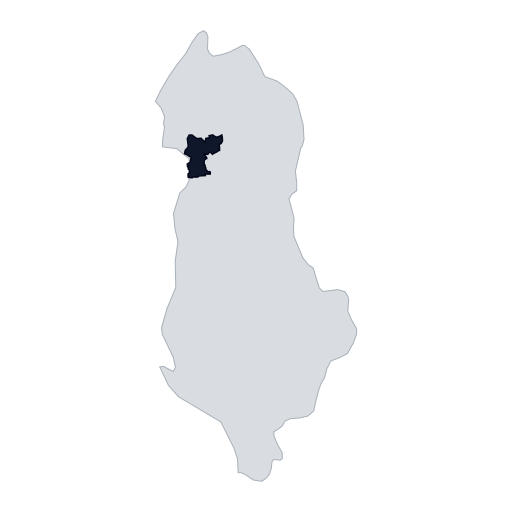 Lezhë, Lezhë, Albania shown in context
{"feature_id": "67620474B20431026689517", "entity_name": "Lezhë", "entity_type": "district", "adm_level": 2, "iso_a3": "ALB", "parent_name": "Albania", "parent_adm1": "Lezhë", "projection": "equal_earth", "projection_center": [19.698, 41.807], "detail": "fine", "context": "in_parent", "style": "filled", "palette": "ink", "viewbox_px": 512, "rotation_deg": 0, "n_neighbors": 0, "source": "geoboundaries", "source_scale": "gbopen_adm2", "svg_char_len": 2476}
<svg xmlns="http://www.w3.org/2000/svg" viewBox="0 0 512 512"><path d="M162.4,146.8L162.7,139.3L164.5,127.5L163.5,123.6L164.6,116.9L161.1,107.9L155.4,101.4L160.9,90.0L169.0,76.2L176.5,65.3L185.5,53.9L191.6,43.0L198.1,33.6L203.6,30.7L206.4,32.7L207.9,36.8L207.5,49.0L209.4,53.2L213.3,56.2L221.4,54.7L230.4,51.7L242.6,45.3L244.7,45.7L249.2,49.0L258.6,63.7L264.8,76.7L277.1,81.1L284.0,86.2L292.8,93.9L297.1,101.6L303.2,125.2L304.0,139.5L302.2,146.1L300.8,147.8L295.4,171.1L296.7,183.0L296.7,190.8L292.1,193.9L289.0,198.8L294.1,218.3L293.5,226.6L293.8,236.2L302.9,258.0L308.3,264.7L313.1,267.9L319.3,288.0L323.0,291.5L337.8,289.6L345.1,291.8L348.0,296.6L348.7,299.8L347.8,311.1L351.5,319.8L356.6,328.7L356.6,334.2L353.3,343.1L347.4,353.6L339.5,357.6L330.8,361.0L326.7,369.1L324.6,377.7L320.8,384.1L318.4,391.1L314.8,405.5L313.9,410.7L308.0,416.0L298.9,418.1L290.7,418.6L285.1,421.0L282.3,425.9L277.1,429.9L273.9,431.7L274.0,436.0L277.8,445.2L282.2,452.6L282.3,458.6L280.2,460.2L273.5,459.5L272.0,461.7L271.3,468.3L269.5,474.0L266.8,477.5L262.0,481.3L253.2,480.0L244.9,474.3L240.6,472.6L238.2,472.8L237.5,458.8L233.9,448.0L220.8,421.9L178.4,396.7L168.4,385.3L164.0,375.8L159.7,366.8L163.9,366.5L168.0,368.8L173.3,371.5L175.5,367.0L173.2,357.2L162.3,334.3L161.5,327.9L166.9,308.8L175.8,287.3L175.2,261.2L178.0,241.6L175.0,228.9L173.5,213.3L180.0,192.6L185.6,187.5L189.0,181.0L189.2,159.0L176.8,148.7L162.4,146.8Z" fill="#d9dde1" stroke="#a8b0b8" stroke-width="1"/><path d="M209.1,135.7L209.6,137.6L205.8,138.4L205.1,142.4L203.5,140.7L201.0,138.2L196.8,138.6L192.0,135.0L189.1,135.1L187.3,138.6L188.0,144.1L188.2,146.8L185.2,150.4L184.7,152.8L184.5,153.7L187.3,154.9L189.8,156.7L191.6,157.0L190.8,158.8L190.4,160.5L190.5,161.7L188.7,163.2L187.3,164.0L187.5,166.7L188.3,167.0L188.3,169.2L189.5,169.8L189.4,172.9L188.0,174.0L188.2,177.2L189.6,177.5L192.2,177.8L192.9,177.0L197.4,177.1L199.4,175.9L205.1,175.6L204.8,174.8L205.6,174.7L205.8,174.0L210.2,174.1L210.4,172.3L209.7,171.6L208.2,171.8L207.4,171.1L206.5,170.2L205.8,169.4L205.8,167.8L205.2,166.8L205.1,165.2L204.2,164.5L204.1,160.4L205.8,158.9L206.8,158.5L206.5,157.3L205.5,156.0L204.2,155.0L204.1,154.2L207.8,154.3L209.6,152.2L210.8,152.2L211.5,153.4L212.5,154.3L213.6,153.4L215.5,152.6L217.1,151.7L218.6,150.6L219.6,150.4L219.5,146.6L219.2,144.4L221.1,143.5L221.9,142.2L222.5,140.8L222.3,137.3L221.7,134.4L221.4,135.5L216.9,137.2L214.8,136.4L212.7,134.9L209.1,135.7Z" fill="#0f172a" stroke="#020617" stroke-width="1.5"/></svg>